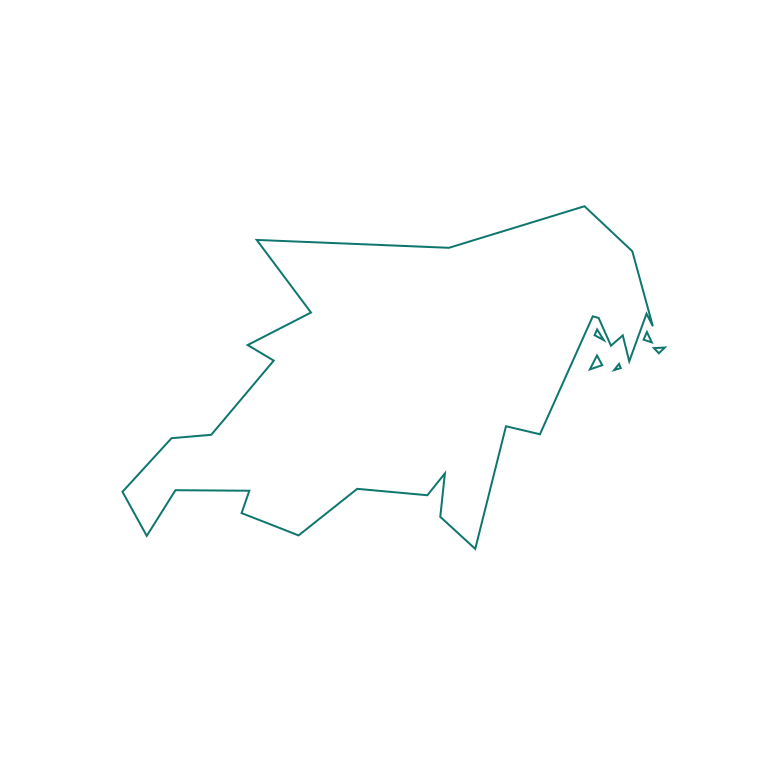 an SVG outline of Kalimantan Timur, rotated 60°
{"feature_id": "IDN-1185", "entity_name": "Kalimantan Timur", "entity_type": "Province", "adm_level": 1, "iso_a3": "IDN", "parent_name": "Indonesia", "parent_adm1": "", "projection": "natural_earth1", "projection_center": [116.728, 1.017], "detail": "coarse", "context": "isolated", "style": "outline", "palette": "teal", "viewbox_px": 768, "rotation_deg": 60, "n_neighbors": 0, "source": "natural_earth", "source_scale": "10m", "svg_char_len": 770}
<svg xmlns="http://www.w3.org/2000/svg" viewBox="0 0 768 768"><g transform="rotate(60 384 384)"><path d="M393.2,102.6L468.4,122.3L454.4,121.5L487.0,160.3L461.3,152.9L464.3,168.3L434.1,165.1L429.8,169.4L505.5,274.1L481.6,299.5L572.4,387.4L527.2,401.7L491.9,376.0L502.0,402.1L461.4,459.6L472.4,533.7L424.6,571.9L409.1,554.0L371.7,617.7L396.9,665.4L346.6,664.4L324.7,595.1L341.6,559.0L308.6,467.8L282.1,482.6L285.6,411.5L195.6,422.2L298.5,259.7L330.3,121.5L393.2,102.6ZM455.9,171.7L447.1,177.2L443.3,172.2L455.9,171.7ZM465.8,185.3L476.8,185.6L474.3,198.4L465.8,185.3ZM487.9,132.3L492.8,122.6L494.8,130.6L487.9,132.3ZM470.4,130.3L481.8,131.3L475.4,137.0L470.4,130.3ZM488.6,171.0L487.0,177.7L484.1,170.4L488.6,171.0Z" fill="none" stroke="#0f766e" stroke-width="2"/></g></svg>